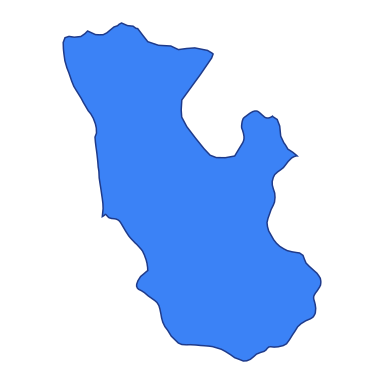 outline of Kapho, Pattani, Thailand
{"feature_id": "78962969B23188971822264", "entity_name": "Kapho", "entity_type": "district", "adm_level": 2, "iso_a3": "THA", "parent_name": "Thailand", "parent_adm1": "Pattani", "projection": "natural_earth1", "projection_center": [101.548, 6.613], "detail": "fine", "context": "isolated", "style": "filled", "palette": "blue", "viewbox_px": 384, "rotation_deg": 0, "n_neighbors": 0, "source": "geoboundaries", "source_scale": "gbopen_adm2", "svg_char_len": 4134}
<svg xmlns="http://www.w3.org/2000/svg" viewBox="0 0 384 384"><path d="M297.1,155.9L296.6,155.4L295.5,154.5L294.9,154.0L292.8,152.3L291.9,151.7L290.2,150.6L289.3,150.0L288.2,149.4L287.9,149.1L287.5,148.5L286.0,145.9L284.9,144.2L284.3,143.4L283.8,142.7L283.0,141.0L280.7,136.1L279.7,126.0L277.2,119.5L272.6,116.5L272.5,116.2L270.8,117.2L269.6,117.7L269.2,117.8L268.5,118.0L268.1,118.0L267.7,118.0L267.2,118.0L266.5,117.9L266.1,117.8L265.8,117.7L265.3,117.5L264.5,117.1L264.2,116.8L263.8,116.4L263.1,115.8L262.6,115.4L260.4,113.4L259.1,112.3L258.4,111.8L258.1,111.6L257.3,111.2L256.9,111.1L256.4,111.0L256.1,111.0L255.4,111.0L254.9,111.0L254.1,111.2L253.2,111.5L252.7,111.6L252.2,111.9L251.2,112.5L250.9,112.6L249.5,113.5L247.4,115.1L245.7,116.4L245.2,116.7L243.9,117.8L243.5,118.2L243.2,118.6L243.0,119.0L242.8,119.6L242.4,120.7L242.2,121.5L242.1,121.9L241.9,123.2L241.6,125.6L241.6,126.2L241.6,127.2L241.7,127.9L241.8,128.3L242.1,129.1L242.6,130.3L242.7,130.8L243.1,132.1L243.5,133.6L243.7,134.8L244.0,136.4L244.0,137.4L244.0,138.6L243.9,139.1L243.8,139.9L243.7,140.3L243.3,141.4L243.0,142.2L242.7,142.8L241.1,145.4L241.0,145.6L239.7,147.7L238.6,149.5L234.7,156.0L225.4,157.7L216.3,157.6L210.1,155.2L204.0,148.7L195.4,138.0L186.8,126.7L181.7,117.1L181.2,110.0L181.8,100.0L200.3,74.6L211.6,58.1L213.1,54.0L211.9,53.0L207.5,50.4L194.8,47.9L186.6,48.5L178.4,49.6L170.8,46.0L158.5,45.3L147.8,41.7L142.7,35.2L137.7,28.6L135.9,28.3L133.1,26.2L127.5,25.6L121.5,23.0L119.1,24.3L117.6,25.7L113.9,27.0L110.5,29.8L106.8,32.9L103.2,34.7L99.2,34.8L95.5,34.6L87.6,31.0L84.9,33.7L80.9,36.5L74.3,37.2L69.0,36.4L65.0,37.7L63.2,42.5L63.4,48.5L63.5,49.9L64.0,54.4L64.9,60.8L66.9,67.8L68.8,72.6L71.7,81.1L73.8,86.3L75.9,89.8L78.6,94.1L81.3,98.5L83.4,102.5L88.2,110.7L90.8,113.9L93.3,118.3L95.4,123.9L96.3,128.0L96.5,133.1L95.0,137.1L95.4,142.1L96.0,146.9L96.9,153.4L97.8,161.7L98.2,167.0L98.9,171.4L99.2,177.9L100.0,183.3L100.9,189.0L101.5,193.2L102.3,198.6L102.9,203.5L103.1,208.6L102.3,216.6L103.0,216.2L104.2,215.4L104.3,215.3L105.3,214.4L105.7,214.4L106.1,214.7L106.8,215.5L107.8,216.6L108.5,217.3L109.0,217.7L109.9,218.0L110.7,218.2L111.6,218.5L112.9,218.6L113.0,218.6L114.8,218.8L115.7,219.0L116.2,219.1L116.7,219.3L117.8,219.8L118.4,220.2L119.6,221.2L119.7,221.4L120.4,222.3L121.6,224.2L122.5,225.8L122.7,226.1L125.5,230.9L125.8,231.4L128.6,235.7L129.3,236.6L130.9,238.5L135.4,243.2L136.5,244.1L137.8,245.5L141.0,249.1L141.5,249.6L141.7,250.0L142.5,251.0L142.8,251.6L143.9,254.0L144.3,254.7L144.6,255.6L145.5,258.1L146.1,259.7L146.7,262.1L147.1,263.6L147.1,263.8L147.2,264.7L147.6,267.4L147.7,269.8L147.8,270.5L146.5,271.5L143.5,274.1L140.6,276.5L138.0,280.6L136.7,284.2L136.6,286.2L137.4,288.1L138.6,289.3L141.4,290.7L144.4,292.6L148.1,295.8L155.0,300.7L157.0,302.5L158.9,305.6L159.9,309.0L160.9,313.9L161.6,317.9L162.8,322.2L164.9,326.6L167.7,330.3L171.3,336.2L175.1,339.9L178.3,343.0L181.8,344.5L186.3,344.8L190.3,344.7L196.0,345.0L200.7,345.5L203.9,345.7L208.9,346.1L212.5,346.6L216.9,347.9L221.4,349.3L225.3,351.4L230.4,354.6L234.7,357.7L238.8,359.2L243.3,361.0L246.8,360.8L250.4,359.3L253.5,356.8L256.5,354.1L260.7,352.4L264.0,351.4L266.0,350.0L267.2,348.4L268.8,347.0L270.5,346.7L274.1,347.1L278.1,346.8L283.2,345.6L286.5,343.8L289.6,339.5L292.5,334.8L295.0,331.1L297.7,326.7L301.0,323.7L305.7,320.8L310.4,318.8L312.0,317.8L313.3,316.8L313.9,315.8L314.8,314.2L315.3,312.9L315.5,310.7L315.7,308.3L315.2,304.5L314.6,302.1L313.8,299.3L313.6,297.9L313.8,296.1L314.2,295.2L315.4,293.1L317.3,290.6L319.6,287.0L320.2,285.7L320.5,285.2L320.8,282.8L320.8,281.1L320.3,278.3L319.4,276.8L318.8,275.8L316.9,273.2L314.3,270.9L312.0,268.8L309.1,266.2L306.0,263.0L304.4,259.2L303.0,255.4L299.6,253.0L295.6,252.4L292.0,251.8L287.2,250.6L283.7,248.8L279.7,246.3L276.4,243.2L273.7,239.8L271.6,236.1L268.7,231.0L267.5,226.7L267.0,222.6L268.0,218.3L269.6,213.8L271.1,209.5L273.3,205.1L274.5,202.1L275.0,197.4L274.7,193.1L273.3,188.8L272.3,185.1L272.2,181.5L273.3,177.4L274.7,174.6L277.5,172.0L280.6,169.8L283.4,167.6L286.0,164.3L288.1,161.5L289.7,159.9L291.6,158.0L293.9,156.7L296.2,155.9L297.1,155.9Z" fill="#3b82f6" stroke="#1e3a8a" stroke-width="1.5"/></svg>